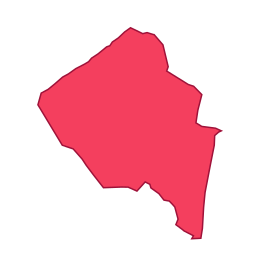 Remo North, Ogun, Nigeria (Albers equal-area conic projection), rotated 99°
{"feature_id": "59680162B54973397451304", "entity_name": "Remo North", "entity_type": "district", "adm_level": 2, "iso_a3": "NGA", "parent_name": "Nigeria", "parent_adm1": "Ogun", "projection": "albers", "projection_center": [3.74, 7.002], "detail": "fine", "context": "isolated", "style": "filled", "palette": "rose", "viewbox_px": 256, "rotation_deg": 99, "n_neighbors": 0, "source": "geoboundaries", "source_scale": "gbopen_adm2", "svg_char_len": 903}
<svg xmlns="http://www.w3.org/2000/svg" viewBox="0 0 256 256"><g transform="rotate(99 128 128)"><path d="M225.5,38.8L223.8,38.8L223.3,38.8L215.5,38.8L194.6,40.9L179.6,41.8L152.0,40.9L131.5,40.1L121.9,41.2L117.9,37.9L116.2,35.4L114.5,41.5L114.9,55.4L112.3,61.7L99.6,61.8L83.5,60.3L76.5,69.7L75.6,75.3L65.7,98.7L61.2,97.9L40.4,106.5L31.7,116.8L31.7,117.7L30.8,124.1L32.5,128.2L28.6,141.2L33.6,146.3L40.5,151.6L45.5,156.9L49.6,158.8L51.2,161.8L59.6,169.3L64.7,174.9L68.7,177.3L71.7,180.9L77.5,188.8L83.9,195.3L87.9,200.5L95.9,207.2L102.4,213.0L107.1,219.2L119.2,220.6L155.3,190.2L157.2,178.9L165.9,168.4L171.4,163.4L180.0,154.5L190.8,142.9L187.3,125.1L186.4,118.6L188.9,109.3L178.6,102.6L180.2,97.6L183.6,96.0L188.0,87.2L193.6,81.2L193.7,75.8L196.4,72.2L198.7,69.4L210.2,64.3L216.0,65.6L219.8,58.3L220.9,56.5L224.2,46.5L227.4,47.7L225.5,38.8Z" fill="#f43f5e" stroke="#9f1239" stroke-width="1.5"/></g></svg>